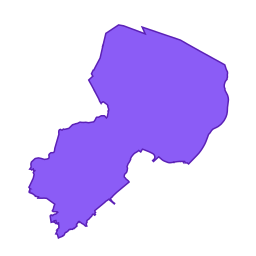 outline of Leudal, Limburg, Netherlands, rotated 355°
{"feature_id": "6326949B97609854971564", "entity_name": "Leudal", "entity_type": "district", "adm_level": 2, "iso_a3": "NLD", "parent_name": "Netherlands", "parent_adm1": "Limburg", "projection": "mercator", "projection_center": [5.85, 51.234], "detail": "fine", "context": "isolated", "style": "filled", "palette": "violet", "viewbox_px": 256, "rotation_deg": 355, "n_neighbors": 0, "source": "geoboundaries", "source_scale": "gbopen_adm2", "svg_char_len": 5476}
<svg xmlns="http://www.w3.org/2000/svg" viewBox="0 0 256 256"><g transform="rotate(355 128 128)"><path d="M230.9,88.2L230.9,87.5L231.5,86.0L231.6,83.4L231.9,82.6L232.0,81.0L231.9,80.5L231.5,79.6L230.9,77.9L230.6,76.6L230.5,76.0L229.9,73.5L206.8,58.0L193.9,49.2L187.9,45.0L150.9,28.7L153.3,35.7L132.5,25.8L127.6,24.5L114.2,31.8L110.5,42.9L110.5,43.0L110.3,43.0L109.8,44.4L110.0,44.4L106.3,55.9L101.1,63.9L99.0,67.3L98.4,67.3L96.3,70.8L96.4,71.0L97.5,73.3L93.1,76.7L93.2,76.9L93.1,77.0L95.5,82.4L97.8,87.8L97.7,87.8L98.6,89.8L101.2,95.9L101.8,97.6L102.0,98.6L103.3,101.1L103.4,100.9L103.5,100.9L105.3,99.7L105.7,99.7L109.0,102.6L109.7,103.4L109.8,103.8L109.7,103.8L109.8,105.2L110.3,107.1L110.3,108.4L110.2,108.7L110.1,108.9L110.1,109.2L109.5,109.4L109.7,110.3L109.7,110.6L108.5,114.5L108.5,114.9L107.4,116.1L106.0,114.2L105.6,113.8L104.9,113.7L102.4,113.5L99.8,114.6L99.4,114.7L98.0,114.5L97.6,114.6L97.2,115.0L96.1,116.9L94.6,118.7L94.2,118.9L89.2,119.3L86.4,118.6L84.4,118.6L81.9,118.3L81.0,118.0L80.5,118.0L78.1,119.0L76.1,119.2L75.2,119.5L73.1,119.9L72.8,120.1L69.3,123.0L68.9,123.2L64.9,123.8L64.5,123.8L63.5,123.4L62.6,124.2L62.0,124.4L61.5,124.2L60.9,123.7L60.6,123.5L60.2,123.6L59.5,124.1L59.4,124.0L58.8,124.9L58.7,125.9L58.6,126.4L58.6,127.3L58.6,128.2L53.5,141.4L53.4,141.6L52.7,144.6L52.5,145.1L52.2,145.5L51.7,145.9L51.0,146.0L50.5,146.0L49.5,145.9L49.1,145.9L48.7,146.1L47.7,146.8L47.1,147.4L47.0,147.6L46.8,148.0L46.8,148.5L46.9,149.9L46.8,150.4L46.6,150.9L46.1,151.4L45.3,151.7L44.4,151.9L41.9,152.0L39.0,150.8L36.3,150.0L35.8,150.0L33.0,150.3L32.6,150.5L29.4,153.0L28.8,153.5L28.1,155.4L28.1,156.0L28.1,158.0L28.1,158.5L27.8,158.9L26.8,160.0L26.5,160.4L27.6,160.6L28.4,161.4L28.6,161.2L30.0,160.6L30.0,161.1L30.3,162.3L30.5,162.4L32.0,162.0L30.3,163.4L30.3,163.5L29.7,164.1L30.4,166.1L29.2,169.8L24.5,177.9L24.1,178.3L24.2,178.5L24.3,178.7L24.9,179.6L25.4,180.0L24.9,180.0L24.7,181.3L24.7,182.4L24.0,182.4L24.0,183.6L26.6,184.9L26.7,184.7L30.1,187.7L29.9,188.0L32.8,188.8L32.1,190.0L36.8,190.5L38.2,190.5L40.9,191.0L48.4,197.5L47.3,199.8L46.5,202.2L45.4,203.9L45.7,204.1L45.9,204.6L46.1,204.7L47.2,204.9L48.9,205.1L50.4,205.4L50.7,205.8L49.6,206.6L48.6,207.4L48.3,207.5L47.6,207.4L45.4,208.3L45.2,208.4L45.2,208.7L44.9,208.7L44.7,208.7L44.3,208.0L44.0,208.0L43.4,208.1L42.8,208.8L42.8,209.2L43.2,215.3L43.9,215.2L44.2,215.0L45.0,214.9L45.1,215.1L45.5,215.0L46.6,215.7L46.4,215.0L46.3,214.0L48.1,213.9L48.4,216.6L47.9,216.5L47.8,216.8L48.5,216.9L49.2,217.4L49.7,216.5L50.5,216.4L50.6,219.6L50.5,220.0L50.5,221.4L50.1,221.7L49.6,222.2L49.0,222.6L48.1,223.5L48.7,223.8L47.5,226.0L46.8,227.2L48.3,227.6L49.1,231.5L49.5,231.3L49.8,231.2L50.1,231.0L50.4,231.0L52.0,230.5L52.3,230.5L52.8,230.2L53.2,230.2L53.4,230.0L53.6,229.7L53.8,229.8L54.0,229.5L54.4,229.5L54.9,229.2L55.0,229.0L55.1,228.8L55.4,228.4L55.6,228.1L55.7,227.8L56.0,227.2L56.8,226.6L57.2,226.4L57.5,226.5L57.7,226.3L57.9,226.3L58.0,226.2L58.8,225.6L59.2,225.5L59.3,225.3L59.4,225.1L60.0,224.6L60.3,224.2L60.6,224.3L61.1,224.1L61.3,223.9L61.5,224.1L61.9,223.9L62.1,223.8L62.8,224.0L63.0,224.0L63.5,224.0L63.9,224.1L64.1,223.8L64.8,223.5L65.1,223.3L65.3,223.2L65.5,223.5L68.6,221.2L68.2,220.5L68.5,220.2L68.3,219.4L69.1,218.8L69.8,218.0L69.8,217.8L70.5,217.0L71.1,217.6L71.5,217.0L73.7,219.0L75.5,220.2L76.6,221.5L77.5,222.2L78.4,222.0L78.2,221.7L78.1,220.3L78.1,219.3L78.4,219.1L78.9,218.6L78.9,217.1L79.2,216.5L79.8,216.1L81.3,215.2L82.5,214.0L84.0,212.8L84.4,212.3L84.8,211.5L85.2,211.0L85.7,210.8L86.2,211.2L86.5,211.3L87.0,211.8L87.3,212.0L87.8,211.4L87.5,211.3L87.1,210.8L88.3,209.3L87.8,208.9L87.9,208.3L87.7,207.4L98.6,199.9L99.0,199.5L99.0,199.4L99.4,199.2L100.0,198.8L101.2,198.2L102.7,197.3L103.6,198.4L104.5,199.2L106.9,201.6L107.7,202.4L108.1,201.9L106.8,200.8L105.4,199.1L105.2,198.7L104.7,197.7L104.3,196.7L106.0,195.4L106.3,195.3L106.5,195.1L106.7,194.8L106.7,194.7L108.0,193.6L111.2,191.1L111.6,190.8L124.4,181.9L124.3,181.6L123.5,180.5L121.6,178.6L121.4,178.4L121.0,177.6L120.1,176.7L120.0,176.1L120.3,174.5L120.4,174.3L120.8,173.7L121.1,173.4L122.6,172.2L123.1,171.2L123.3,170.8L124.0,168.1L124.0,167.7L123.7,166.7L123.7,166.3L125.1,163.5L126.2,162.2L127.8,159.7L127.9,159.4L127.8,158.9L127.9,158.7L128.9,157.0L131.1,154.7L132.4,153.7L133.9,153.0L135.7,152.1L136.7,151.3L138.6,153.0L140.4,150.5L140.5,150.6L141.0,150.5L146.6,153.3L148.0,154.1L150.4,155.6L151.2,156.3L151.7,157.0L152.1,158.0L152.2,158.8L152.2,159.5L151.9,160.5L151.4,161.2L149.7,162.6L150.5,163.6L156.1,159.4L159.0,162.4L160.3,163.5L161.5,164.2L164.5,165.7L165.1,165.9L165.6,166.1L167.4,166.3L170.1,166.1L170.3,165.9L170.8,166.4L171.4,165.9L171.9,165.9L172.0,165.9L174.2,165.8L176.9,165.8L177.1,166.0L177.3,165.9L177.6,165.9L179.3,166.0L179.8,166.3L180.0,166.6L180.0,166.2L180.8,166.1L181.6,166.3L181.6,166.8L181.7,167.2L181.7,167.7L181.8,167.7L184.1,168.0L185.2,169.1L194.1,161.4L196.5,159.2L198.4,157.1L199.8,155.4L201.5,153.1L203.1,150.7L204.4,148.4L206.8,143.4L207.0,142.9L207.7,141.4L209.1,140.2L211.1,137.7L212.5,136.6L212.4,136.6L212.5,136.5L213.8,136.0L216.0,135.2L217.9,134.4L219.3,133.5L220.5,132.7L221.4,132.0L223.6,129.8L224.6,128.6L225.6,127.1L226.3,126.0L226.9,124.8L227.7,122.9L228.3,120.5L228.5,119.3L228.9,116.1L229.8,112.1L230.5,108.7L230.5,106.9L230.4,105.9L230.1,104.4L230.0,103.9L228.3,99.8L228.0,99.0L227.9,98.4L228.0,97.1L227.7,96.4L227.5,95.4L227.6,93.9L227.7,93.3L228.0,92.4L228.5,91.1L229.0,90.2L229.5,89.5L230.0,89.0L230.9,88.2Z" fill="#8b5cf6" stroke="#5b21b6" stroke-width="1.5"/></g></svg>